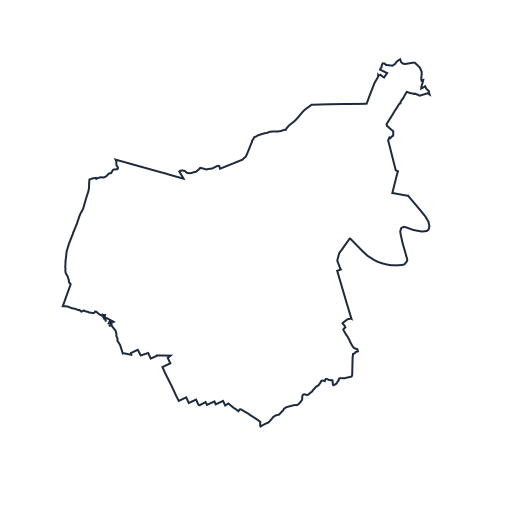 Altepexi, Puebla, Mexico (Mercator projection), rotated 80°
{"feature_id": "50627088B76973650104721", "entity_name": "Altepexi", "entity_type": "district", "adm_level": 2, "iso_a3": "MEX", "parent_name": "Mexico", "parent_adm1": "Puebla", "projection": "mercator", "projection_center": [-97.299, 18.358], "detail": "fine", "context": "isolated", "style": "outline", "palette": "slate", "viewbox_px": 512, "rotation_deg": 80, "n_neighbors": 0, "source": "geoboundaries", "source_scale": "gbopen_adm2", "svg_char_len": 6050}
<svg xmlns="http://www.w3.org/2000/svg" viewBox="0 0 512 512"><g transform="rotate(80 256 256)"><path d="M151.8,406.8L155.4,407.7L160.5,408.8L163.3,409.9L167.0,411.9L170.5,413.7L179.2,417.9L182.1,420.1L183.0,421.0L186.4,423.2L189.4,424.7L190.0,425.2L192.4,426.3L198.3,430.1L199.7,430.8L200.9,431.9L202.3,432.4L204.3,433.7L211.5,438.1L218.6,441.7L221.0,442.4L224.0,443.2L227.2,444.3L232.4,445.4L233.6,445.8L235.4,445.8L237.1,446.3L239.3,446.4L240.4,446.2L241.1,445.9L243.3,445.1L244.9,444.8L246.4,444.7L247.0,444.6L249.5,444.6L250.0,444.5L250.4,444.0L251.0,443.6L251.6,443.5L253.4,444.3L254.7,445.2L271.9,455.0L272.0,454.0L273.1,450.1L275.3,446.7L276.5,443.6L277.3,442.2L278.5,440.2L278.5,439.2L280.5,437.6L280.2,436.7L279.8,434.9L280.5,434.2L281.5,432.2L281.8,431.2L282.6,430.3L284.0,426.0L283.8,425.0L282.7,424.0L283.0,423.1L286.3,420.4L288.3,417.7L288.2,417.6L287.1,417.2L287.6,416.5L289.5,417.1L290.3,416.8L287.7,415.8L287.9,414.9L290.3,415.6L291.4,415.5L291.9,415.5L292.1,415.4L293.6,415.3L293.6,415.2L291.8,415.2L290.4,415.3L291.6,413.3L296.1,407.6L296.4,409.0L295.2,411.6L296.7,412.7L297.0,410.3L298.7,410.2L299.1,412.2L299.3,412.2L299.3,410.4L303.3,408.3L304.5,407.5L305.9,407.2L308.6,407.0L310.5,407.4L313.6,406.7L315.3,407.2L320.0,405.3L328.9,404.1L328.8,403.2L331.6,396.0L329.9,396.0L327.8,388.7L333.9,386.8L332.8,379.0L338.7,377.5L337.1,370.9L336.7,370.8L339.3,357.5L341.0,360.6L346.8,359.0L349.1,367.4L355.3,365.9L370.3,361.4L379.5,359.0L385.3,357.2L383.1,349.3L389.1,347.7L387.0,340.0L392.8,338.4L393.0,338.1L393.2,337.4L391.1,331.0L394.1,330.2L392.0,322.2L395.1,321.4L393.0,313.6L397.9,312.3L396.4,308.9L402.3,303.8L402.9,302.9L405.8,300.3L404.2,298.5L404.4,297.5L410.1,290.8L411.6,289.4L417.6,282.9L420.1,280.6L423.8,281.4L424.7,281.1L424.3,280.2L422.9,276.0L422.1,272.6L420.4,270.3L417.5,266.9L416.5,264.6L416.2,260.9L415.5,259.9L413.5,257.3L413.3,256.8L412.4,255.8L411.3,255.0L411.0,254.2L410.5,253.4L410.1,251.8L409.5,244.7L409.5,243.7L409.9,242.1L409.8,241.2L409.5,240.4L409.1,239.6L408.3,238.4L407.3,237.2L405.7,235.7L404.9,235.3L402.6,234.9L401.8,234.6L401.0,234.0L400.7,233.6L400.6,233.0L400.6,232.4L401.8,229.7L401.8,229.3L401.4,228.3L400.0,226.0L399.7,225.2L399.1,224.2L397.6,222.8L397.3,222.2L396.5,221.2L396.2,220.7L395.4,220.0L394.9,219.0L394.9,218.4L394.2,217.0L391.9,214.5L391.4,214.1L390.8,213.8L390.4,213.4L390.2,212.8L390.5,211.2L390.7,210.8L391.2,210.0L390.9,209.8L390.1,209.5L389.5,208.9L389.2,208.3L389.4,207.7L390.0,206.7L390.6,205.9L391.1,204.7L391.3,203.9L391.4,202.8L391.6,202.4L392.1,202.2L394.1,202.5L395.7,202.6L396.5,202.4L396.7,202.2L396.6,201.5L396.2,200.5L396.0,199.6L394.9,198.2L394.0,197.6L393.2,196.5L392.8,196.1L392.1,196.1L391.6,195.8L391.0,195.2L390.9,194.6L391.0,193.9L391.6,190.9L391.8,190.3L391.6,188.4L391.6,187.5L391.5,186.3L391.4,183.6L391.3,182.8L390.9,182.5L390.0,182.0L389.4,181.8L388.7,181.7L371.9,178.3L371.5,178.0L369.3,177.5L369.2,176.5L368.7,175.2L368.2,174.9L367.8,174.3L367.6,172.2L365.3,172.4L364.0,175.0L362.7,176.1L360.5,177.0L357.6,178.0L355.1,178.6L351.2,179.9L349.1,180.9L344.9,182.5L343.5,182.8L342.3,181.4L341.9,180.4L340.4,180.8L339.5,181.1L338.0,182.3L337.1,182.4L334.5,177.5L334.2,176.5L334.1,174.9L334.1,173.5L334.5,172.9L319.0,174.8L284.7,178.6L284.0,174.8L282.6,175.3L274.7,176.8L267.9,173.7L255.1,160.7L255.3,160.1L269.1,150.7L275.2,146.1L280.6,140.2L282.7,137.3L284.7,133.9L286.8,129.4L288.2,125.7L288.8,123.4L289.7,118.6L290.1,114.8L290.2,112.0L289.3,110.3L288.6,109.8L287.8,108.7L286.5,107.8L285.1,107.7L268.7,109.4L259.5,109.8L256.9,109.7L255.2,108.9L253.8,108.2L253.3,107.1L253.0,105.0L254.2,102.6L257.5,96.9L259.1,92.9L260.7,88.4L261.0,84.4L260.9,83.0L259.8,81.4L257.0,80.1L252.3,80.2L246.6,82.3L240.4,85.7L223.0,95.8L223.1,96.0L218.6,108.1L217.7,110.8L201.5,103.6L197.2,101.5L195.9,103.5L171.3,105.3L165.1,105.8L162.6,104.1L163.0,103.9L163.4,103.5L161.9,101.5L161.5,100.3L161.2,100.0L158.9,99.5L157.0,99.2L152.8,102.7L152.0,103.1L150.6,104.5L149.3,104.5L149.0,104.6L148.2,104.0L140.1,96.6L137.2,94.2L134.9,91.9L131.3,88.8L130.7,87.2L129.5,87.0L126.5,84.2L126.5,83.9L123.6,81.7L120.5,78.9L121.6,77.3L122.3,75.9L124.0,71.6L123.7,71.2L125.0,69.4L125.1,68.6L126.2,67.6L126.5,67.1L126.3,64.8L125.5,58.8L127.1,57.0L124.9,57.3L123.7,57.1L122.1,58.4L120.8,59.2L118.7,59.9L118.2,59.9L118.2,60.2L118.9,61.5L119.7,64.2L117.5,63.5L114.4,61.9L111.6,60.7L111.6,60.9L111.9,61.2L112.1,62.5L110.4,62.6L105.5,61.2L103.1,60.9L100.5,61.5L98.8,62.1L97.7,62.7L93.3,66.0L92.9,67.6L92.8,75.9L92.1,77.8L90.3,79.4L87.3,79.9L88.2,82.1L89.3,84.1L90.8,85.4L92.3,88.5L90.4,94.9L89.7,95.1L89.3,95.8L88.6,96.3L88.3,97.7L89.0,98.4L90.8,99.4L92.0,99.6L92.7,100.6L94.0,101.5L98.6,95.1L102.4,98.9L100.6,100.8L99.2,101.9L99.5,102.3L99.3,103.9L98.8,104.2L100.3,104.5L101.7,105.4L106.1,109.2L117.5,116.1L125.2,120.6L124.6,125.2L120.9,147.2L118.4,163.3L117.4,170.5L116.7,175.0L120.1,181.9L121.6,184.3L125.1,188.6L126.4,190.0L128.5,192.7L130.1,195.1L133.2,200.8L134.1,202.0L135.2,203.3L137.0,204.9L136.6,205.9L137.3,210.1L137.2,211.9L137.1,213.6L136.6,215.9L136.2,218.5L136.1,221.1L136.7,223.9L136.6,225.8L136.9,228.8L137.6,233.6L138.2,234.6L138.8,237.3L140.0,238.0L141.8,239.8L142.9,240.2L151.9,245.8L156.2,248.6L158.4,252.2L158.8,252.7L163.8,276.2L161.0,276.6L160.9,276.8L160.6,277.7L160.6,278.4L161.4,281.1L161.9,282.8L162.2,283.9L162.2,285.2L162.0,288.1L162.2,289.8L160.0,294.2L160.0,295.1L159.5,295.6L160.6,297.0L161.8,299.0L162.1,299.5L162.6,300.4L162.7,301.0L162.6,302.2L163.1,305.2L163.0,306.8L162.2,309.5L160.2,311.1L159.8,311.6L159.6,312.3L159.0,313.6L159.0,314.1L158.8,315.6L159.5,316.9L166.6,314.1L167.3,313.9L160.3,328.4L159.3,330.2L155.9,337.5L136.7,377.6L138.6,377.1L141.3,377.6L142.5,377.6L144.0,376.9L145.4,376.6L145.9,376.9L145.9,377.4L146.4,377.7L146.4,379.1L146.1,380.7L146.3,381.7L147.6,383.0L148.9,384.0L149.3,384.6L149.1,386.0L150.0,387.8L150.7,388.5L151.4,389.5L151.9,390.8L152.1,391.7L152.2,393.0L151.8,394.0L151.5,394.9L151.6,396.6L151.8,398.4L152.3,399.9L151.3,400.1L151.2,402.5L151.3,403.9L151.4,405.0L151.8,406.8Z" fill="none" stroke="#1e293b" stroke-width="2"/></g></svg>